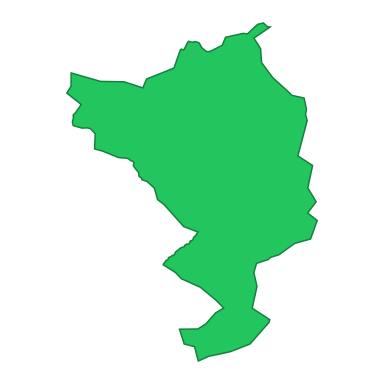 the district of Jargalant, Bayanhongor, Mongolia
{"feature_id": "93677404B5614508101820", "entity_name": "Jargalant", "entity_type": "district", "adm_level": 2, "iso_a3": "MNG", "parent_name": "Mongolia", "parent_adm1": "Bayanhongor", "projection": "robinson", "projection_center": [99.427, 47.134], "detail": "fine", "context": "isolated", "style": "filled", "palette": "green", "viewbox_px": 384, "rotation_deg": 0, "n_neighbors": 0, "source": "geoboundaries", "source_scale": "gbopen_adm2", "svg_char_len": 3655}
<svg xmlns="http://www.w3.org/2000/svg" viewBox="0 0 384 384"><path d="M270.1,27.0L267.9,26.8L266.8,26.1L263.5,23.0L262.0,23.2L259.6,23.9L258.2,24.1L257.1,24.9L256.4,25.4L256.0,25.8L255.4,26.3L254.9,26.8L254.1,27.6L253.1,28.6L252.2,29.4L252.0,29.6L251.0,30.5L250.8,30.7L247.4,33.9L243.3,33.4L225.6,37.2L222.2,45.3L210.3,51.3L207.3,51.7L207.0,51.6L206.2,51.4L205.4,50.7L204.4,49.8L203.5,49.2L202.8,48.5L201.8,47.6L201.0,46.4L200.3,45.0L199.9,44.2L199.6,43.6L199.2,43.0L198.8,42.7L198.2,42.5L196.5,42.0L195.5,41.7L195.0,41.7L194.4,41.8L194.0,41.9L193.6,41.9L192.9,42.1L192.3,42.2L191.7,42.2L190.9,41.9L190.2,41.8L189.4,41.4L189.0,41.3L188.4,41.5L188.1,41.8L187.7,42.2L187.3,43.2L186.7,44.2L186.3,45.2L185.8,46.0L185.3,47.1L184.7,48.4L184.1,49.2L183.6,49.6L183.2,49.8L182.8,49.8L182.7,49.8L182.6,49.7L182.1,49.4L181.8,49.2L181.4,49.1L181.1,49.3L180.2,50.2L174.0,68.0L146.6,79.0L142.8,87.9L124.1,81.8L100.5,81.4L71.2,73.0L71.0,86.3L66.8,93.1L81.2,104.5L75.4,112.9L73.2,114.9L73.4,117.9L72.4,121.8L73.2,125.6L82.0,128.1L87.4,127.9L90.3,128.6L95.2,133.7L94.6,148.9L102.3,151.0L118.6,157.6L125.4,158.1L127.8,158.5L129.0,159.1L130.4,160.5L132.1,161.0L133.3,161.8L133.9,162.8L133.9,163.3L133.8,164.1L133.5,164.8L133.3,165.5L133.5,166.1L134.9,168.0L136.3,169.8L138.2,172.0L138.7,172.9L138.8,173.8L138.9,174.6L138.9,175.7L139.1,176.4L139.5,176.8L140.3,177.2L141.2,177.8L141.4,178.2L141.7,178.8L141.9,179.7L147.1,181.5L154.4,188.2L157.6,199.6L164.1,204.6L178.0,220.2L183.7,226.6L190.1,229.0L197.7,231.9L197.8,231.9L198.0,232.0L197.9,232.1L197.7,232.4L197.6,232.6L197.4,232.8L197.2,233.2L196.9,233.6L196.8,233.9L196.6,234.2L196.4,234.5L196.2,234.7L195.9,235.0L195.8,235.5L195.4,235.7L195.2,235.9L194.9,236.3L194.8,236.6L194.5,236.6L194.2,236.9L194.0,237.0L193.8,237.2L193.6,237.6L193.4,238.0L193.2,238.4L193.3,239.0L193.3,239.3L193.2,239.5L192.9,239.9L192.7,240.0L192.4,240.0L192.1,240.2L191.9,240.4L191.7,240.7L191.4,240.9L191.1,241.1L190.9,241.0L190.5,240.9L190.4,240.9L190.2,241.1L190.1,241.5L189.9,241.8L189.8,242.2L189.6,242.5L189.5,242.9L189.3,243.4L189.2,243.7L189.0,243.9L188.7,244.0L188.3,244.2L187.9,244.2L187.5,244.2L187.1,244.0L186.8,244.0L186.6,244.1L186.3,244.3L186.0,244.6L185.7,244.8L185.5,245.0L185.3,245.1L184.9,245.2L184.7,245.4L184.5,245.7L184.5,246.2L184.3,246.6L184.0,246.8L183.4,247.0L182.9,247.1L182.4,247.2L181.5,247.5L180.6,248.0L180.2,248.4L179.5,248.8L179.2,249.0L178.8,249.6L178.4,249.9L177.9,250.3L177.1,250.7L176.5,251.2L176.0,251.7L175.6,252.1L175.1,252.7L175.1,253.0L175.1,253.3L175.1,253.6L174.9,254.0L174.3,254.6L173.9,254.9L173.5,255.2L173.2,255.4L172.8,255.3L172.4,255.4L172.1,255.6L171.9,255.9L171.6,256.0L171.2,256.3L171.1,256.6L170.8,256.8L170.6,256.9L170.2,256.9L169.9,257.0L169.6,257.1L169.4,257.3L169.0,257.4L168.7,257.5L168.4,257.8L168.4,258.3L168.3,258.7L168.2,259.0L168.2,259.3L168.0,259.5L167.6,259.8L167.0,260.0L166.5,260.2L166.1,260.4L165.9,260.7L165.8,261.2L165.6,261.5L165.4,261.7L165.1,261.9L164.9,262.0L164.8,262.3L164.7,262.7L164.3,262.9L163.9,263.3L163.8,263.5L163.6,263.7L163.5,263.9L163.5,264.3L163.2,264.8L175.3,272.4L181.4,278.8L188.4,281.9L194.7,284.8L200.4,287.3L215.4,299.7L223.7,308.0L215.7,312.8L208.8,320.5L206.2,323.7L197.8,329.0L179.5,329.2L184.2,344.0L194.5,346.6L198.3,361.0L208.8,356.3L230.3,351.7L250.0,344.0L269.0,322.4L269.8,319.7L252.2,308.2L257.0,286.5L253.9,272.7L256.5,263.4L268.5,259.4L270.4,257.4L278.9,254.8L294.7,243.4L310.6,239.0L317.2,220.5L307.7,213.0L316.1,201.7L307.8,187.9L312.6,165.5L297.9,155.9L307.2,120.5L305.5,114.3L306.5,109.5L304.1,98.1L291.7,95.3L288.8,92.2L272.7,77.6L261.6,62.6L260.6,48.7L253.9,38.1L270.1,27.0Z" fill="#22c55e" stroke="#15803d" stroke-width="1.5"/></svg>